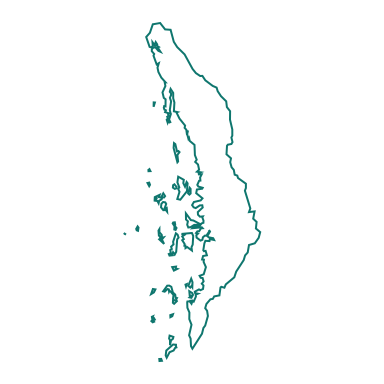 an SVG outline of Tanintharyi
{"feature_id": "MMR-3279", "entity_name": "Tanintharyi", "entity_type": "Division", "adm_level": 1, "iso_a3": "MMR", "parent_name": "Myanmar", "parent_adm1": "", "projection": "orthographic", "projection_center": [98.437, 12.445], "detail": "fine", "context": "isolated", "style": "outline", "palette": "teal", "viewbox_px": 384, "rotation_deg": 0, "n_neighbors": 0, "source": "natural_earth", "source_scale": "10m", "svg_char_len": 6100}
<svg xmlns="http://www.w3.org/2000/svg" viewBox="0 0 384 384"><path d="M170.6,29.8L173.8,41.8L177.2,47.1L184.6,54.4L192.6,69.0L195.9,73.1L200.2,76.0L202.4,75.9L205.3,80.3L212.7,85.9L216.6,87.6L217.7,91.2L221.0,96.2L226.2,101.3L226.9,107.1L230.1,111.2L230.0,119.6L232.3,129.5L232.3,135.7L231.4,137.5L232.5,142.1L231.4,144.0L227.8,144.7L227.0,145.8L226.5,154.3L231.0,158.3L230.2,162.2L231.6,167.3L233.8,169.9L234.7,174.7L237.3,175.6L238.0,178.0L245.9,183.7L245.9,188.0L244.9,190.7L250.3,208.4L249.0,212.1L254.6,211.4L253.2,218.7L256.6,221.9L255.9,228.5L260.2,232.1L258.7,237.8L254.8,243.3L249.0,245.0L247.7,252.5L245.1,255.4L243.7,260.1L236.2,271.6L234.3,277.3L225.8,284.4L224.4,287.7L221.3,286.8L220.5,287.5L219.4,295.4L214.2,296.4L212.8,298.9L210.4,299.3L206.4,304.0L205.2,308.2L207.1,310.8L207.9,316.0L205.2,325.6L203.4,328.0L202.0,333.7L192.4,348.7L191.0,346.1L190.6,338.6L189.1,335.3L191.5,324.7L189.3,319.1L189.4,312.5L187.4,307.8L187.2,302.4L187.4,301.5L189.6,301.3L191.5,303.8L192.1,302.1L191.0,300.7L192.4,300.5L193.7,301.6L195.9,296.6L195.7,294.6L197.9,293.7L195.1,293.1L194.8,291.7L199.0,289.4L200.5,290.2L203.0,289.0L203.5,285.5L201.8,283.7L203.6,281.4L202.6,278.0L200.7,277.8L199.6,275.8L203.7,274.3L205.9,267.1L203.6,261.9L203.9,259.7L202.1,259.5L203.1,256.0L206.9,255.3L205.6,250.9L204.0,251.2L203.3,250.3L204.4,243.3L205.4,240.8L209.5,241.1L209.8,239.1L214.1,240.0L213.2,238.2L208.7,237.3L207.3,236.1L210.0,231.6L209.0,230.0L209.4,231.1L206.4,235.7L204.9,235.6L202.9,237.3L202.4,239.8L200.6,240.6L196.6,237.6L196.3,235.2L197.9,233.7L196.1,233.0L197.4,231.3L199.1,231.3L201.0,228.3L202.6,228.2L201.8,227.3L192.7,228.2L194.6,226.5L199.9,225.6L201.6,223.4L203.4,222.8L203.5,220.6L202.3,217.4L202.9,216.4L200.0,216.7L198.0,214.7L197.8,212.1L202.7,207.5L202.3,205.3L199.8,205.4L195.7,208.1L193.6,207.3L192.1,205.1L193.9,202.0L200.7,200.4L202.5,198.3L196.2,193.2L196.9,189.5L202.2,188.7L202.7,187.8L198.4,186.6L197.3,184.9L199.1,180.8L200.4,180.6L200.1,177.5L201.7,174.3L198.9,174.4L198.7,173.2L200.8,172.3L197.0,171.7L199.1,169.7L198.0,164.5L195.2,161.9L196.7,159.7L194.9,155.1L194.5,144.9L189.7,140.9L189.0,137.8L188.4,138.7L187.2,134.1L188.0,130.5L186.7,132.6L186.3,129.7L184.6,127.8L185.1,125.6L179.5,118.6L176.5,112.5L177.4,112.1L173.9,111.3L174.4,102.5L173.2,98.3L173.2,92.9L170.6,88.9L169.8,91.8L171.1,93.5L171.0,95.3L169.9,97.8L171.1,101.4L169.8,110.1L170.8,114.2L169.1,119.5L170.3,122.1L169.3,122.5L168.0,121.2L167.6,122.5L166.7,119.7L168.0,118.2L167.2,116.8L168.5,115.8L168.0,113.8L169.1,113.4L165.1,112.1L165.9,110.3L164.4,109.6L163.8,107.7L164.2,106.1L165.5,106.4L165.6,99.3L163.8,97.9L162.5,92.4L165.4,86.0L164.7,82.4L165.6,82.4L161.3,77.6L158.4,72.0L157.5,67.7L158.8,63.2L156.7,64.5L153.5,55.7L154.2,54.0L151.8,51.2L151.8,49.5L152.9,47.9L155.3,47.2L158.3,50.8L160.5,51.8L157.7,47.5L158.8,47.0L156.6,45.5L157.2,44.4L155.7,42.1L154.6,45.1L152.5,42.2L152.8,46.0L151.1,47.4L149.6,46.9L146.2,37.0L149.9,32.8L152.8,24.3L160.1,23.0L165.1,29.4L170.6,29.8ZM187.6,183.3L186.9,191.3L180.3,199.7L177.3,199.0L179.5,191.8L178.2,188.9L179.3,187.4L177.4,182.4L178.2,176.7L183.8,179.8L183.3,183.1L185.0,186.7L186.6,182.0L187.6,183.3ZM191.9,233.0L193.2,235.9L192.7,244.6L191.5,247.2L191.9,250.5L187.1,247.0L185.5,248.1L185.4,245.7L184.4,245.7L184.6,243.9L182.2,240.2L183.8,239.1L182.2,236.4L184.3,235.0L181.6,233.9L191.9,233.0ZM175.9,233.3L177.6,234.7L178.6,237.6L177.2,239.3L176.2,251.8L174.8,254.4L173.1,252.2L172.6,254.0L171.1,254.5L172.2,255.3L169.5,255.6L168.8,254.0L170.9,253.1L170.2,250.1L171.8,249.0L171.1,246.7L173.5,244.4L173.1,241.8L175.9,233.3ZM193.4,220.5L199.6,223.8L199.5,224.7L194.2,224.9L190.7,227.1L188.3,227.5L187.2,224.7L187.9,221.3L186.0,219.5L185.9,213.4L190.9,220.1L193.4,220.5ZM175.2,294.6L175.7,298.0L176.9,298.1L176.1,299.7L176.9,301.1L174.1,303.8L172.9,302.8L173.0,300.7L174.4,300.4L173.0,299.0L173.5,295.0L170.8,291.8L169.6,290.7L169.1,291.6L168.8,289.4L167.6,289.0L164.7,291.7L163.2,291.3L167.2,285.7L169.2,285.6L171.3,286.8L172.9,292.5L175.2,294.6ZM176.9,344.8L175.5,344.9L176.4,347.4L175.2,347.8L173.6,350.5L169.6,352.2L166.7,357.7L165.7,355.4L166.3,350.5L173.1,344.5L176.9,344.8ZM162.6,197.2L161.5,199.4L159.2,200.7L158.6,203.3L157.4,201.0L155.2,200.7L156.7,198.5L156.4,197.6L154.7,198.9L154.8,197.1L159.7,194.8L158.9,197.1L161.1,197.6L163.3,193.3L165.1,196.1L164.0,197.5L162.6,197.2ZM177.0,151.4L178.4,151.0L179.5,152.1L177.4,154.9L178.1,161.5L177.4,162.3L173.6,147.9L174.0,143.1L175.3,144.1L177.0,151.4ZM164.5,208.6L166.7,207.8L167.1,211.7L165.8,210.0L163.3,210.2L161.0,207.3L161.4,203.8L163.1,202.0L165.3,202.4L166.2,204.0L164.5,208.6ZM161.9,239.5L164.1,243.9L159.2,239.3L160.3,238.5L159.9,236.1L158.9,235.7L158.5,230.6L159.4,229.1L159.4,232.2L161.7,234.8L162.1,237.8L163.6,237.4L161.9,239.5ZM191.5,285.9L190.2,287.6L188.3,285.9L191.2,278.7L192.5,282.2L192.3,287.2L191.5,285.9ZM170.0,340.2L169.1,338.5L169.6,335.6L173.4,336.9L173.0,338.7L171.0,340.4L170.0,345.2L170.0,340.2ZM189.3,291.2L192.3,293.1L193.0,294.9L191.4,297.8L189.6,297.4L191.5,295.7L189.7,295.5L189.3,291.2ZM190.6,188.9L190.6,193.5L189.4,194.6L188.1,193.4L189.7,187.8L190.6,188.9ZM174.4,184.3L176.6,187.0L176.2,188.4L174.8,188.9L172.9,187.6L173.1,185.2L174.4,184.3ZM151.1,294.1L152.9,289.0L155.4,289.4L153.9,292.4L151.1,294.1ZM175.6,268.4L177.3,268.9L173.9,270.6L172.2,267.1L176.0,266.6L175.6,268.4ZM152.8,316.4L152.3,317.4L153.7,317.7L154.8,319.6L153.2,320.3L154.1,321.7L152.7,322.3L151.4,321.1L152.4,319.9L151.9,316.8L152.8,316.4ZM161.9,360.8L159.5,361.0L159.3,359.0L161.2,358.9L161.9,360.8ZM174.3,229.5L174.5,226.7L175.1,226.3L176.5,228.0L175.6,229.9L174.3,229.5ZM137.6,226.4L138.5,227.6L138.0,230.8L136.7,230.3L136.2,228.9L137.6,226.4ZM173.0,314.2L172.3,316.2L170.4,317.2L170.3,315.1L173.0,314.2ZM175.2,224.7L173.9,225.3L172.7,223.4L173.2,222.5L174.8,222.3L175.2,224.7ZM147.5,183.0L149.2,182.6L150.0,184.8L149.2,186.2L147.5,183.0ZM153.7,102.4L154.9,102.5L153.6,106.8L153.7,102.4ZM148.5,171.2L148.4,169.9L149.4,169.1L150.4,171.1L148.5,171.2ZM186.0,286.4L185.5,284.6L186.7,284.1L186.0,286.4ZM126.0,234.5L124.8,234.0L123.8,233.1L126.0,234.5Z" fill="none" stroke="#0f766e" stroke-width="2"/></svg>